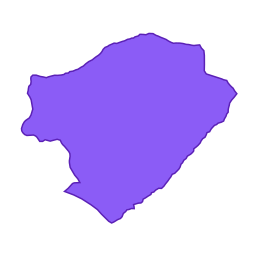 Icaraíma, Paraná, Brazil (Mercator projection), rotated 274°
{"feature_id": "56859067B39036431540148", "entity_name": "Icaraíma", "entity_type": "district", "adm_level": 2, "iso_a3": "BRA", "parent_name": "Brazil", "parent_adm1": "Paraná", "projection": "mercator", "projection_center": [-53.582, -23.373], "detail": "fine", "context": "isolated", "style": "filled", "palette": "violet", "viewbox_px": 256, "rotation_deg": 274, "n_neighbors": 0, "source": "geoboundaries", "source_scale": "gbopen_adm2", "svg_char_len": 2461}
<svg xmlns="http://www.w3.org/2000/svg" viewBox="0 0 256 256"><g transform="rotate(274 128 128)"><path d="M155.6,25.3L152.1,27.9L149.4,29.4L140.2,31.7L134.1,30.3L131.2,28.9L128.3,25.3L126.8,24.1L124.1,22.8L120.0,21.8L117.8,22.2L116.0,23.4L114.3,25.3L113.5,27.6L114.4,34.2L113.6,36.4L112.4,37.9L108.5,40.9L108.7,43.8L110.5,46.1L109.5,51.3L111.8,58.1L111.1,61.3L108.5,62.7L106.9,64.0L105.2,66.0L100.4,70.6L98.4,71.8L95.7,72.2L91.2,71.8L89.2,72.0L84.6,73.1L77.3,78.1L73.8,81.5L70.2,83.8L69.5,78.1L68.7,76.5L63.6,72.5L60.3,69.1L57.5,78.4L54.1,86.8L48.8,96.5L44.5,103.2L40.2,107.6L33.6,115.3L32.1,118.3L33.3,120.5L35.9,124.1L37.2,126.8L39.1,128.3L42.4,129.3L44.5,131.5L46.3,132.6L46.8,134.7L47.9,137.0L48.0,139.8L50.0,139.5L52.0,138.9L53.8,143.7L54.1,146.1L55.5,147.6L58.1,148.1L59.5,150.3L61.4,152.7L63.3,155.5L65.1,155.9L66.0,158.3L67.9,159.8L70.0,162.8L70.1,165.7L72.5,167.9L74.7,169.2L77.7,171.3L80.1,172.7L82.0,174.0L84.9,175.3L86.1,177.8L90.5,181.6L92.7,182.7L95.6,183.4L97.1,184.8L99.7,185.9L101.6,188.1L104.1,189.2L106.3,192.4L108.1,194.1L109.6,195.1L111.9,195.1L113.6,197.1L115.5,199.0L118.2,201.1L120.0,201.7L122.5,203.2L124.2,205.5L126.6,206.5L128.9,207.1L130.0,209.7L132.4,210.8L134.0,211.9L136.7,214.1L137.6,216.1L139.1,217.5L140.3,220.7L141.6,222.9L143.7,223.5L146.5,224.9L148.9,225.5L150.7,226.8L153.1,226.7L155.1,226.9L157.6,227.4L160.0,227.7L163.2,229.5L166.2,231.8L169.8,234.2L172.3,231.9L175.1,230.0L176.2,228.5L177.6,226.9L179.9,224.7L182.3,223.2L182.8,220.0L183.5,218.1L187.4,202.3L190.4,200.1L196.6,199.8L205.8,199.1L210.4,198.3L212.9,195.6L215.9,193.7L215.3,190.2L214.9,188.1L215.0,186.0L215.5,182.8L215.5,180.2L216.1,177.1L216.3,174.0L216.1,169.8L215.7,167.4L216.4,165.1L217.6,162.3L219.0,159.8L219.9,157.1L220.7,154.5L221.8,151.6L222.4,149.4L223.9,146.4L223.8,142.3L222.3,139.4L222.4,136.6L222.3,133.4L220.5,131.7L219.4,128.6L218.1,127.2L217.9,125.3L217.0,123.7L216.4,121.3L214.7,118.5L214.0,116.4L212.7,113.4L211.6,111.0L211.7,108.2L210.1,105.2L209.2,103.4L208.0,102.0L206.8,99.5L204.7,97.7L202.6,96.8L200.5,95.4L198.5,93.5L196.8,91.2L195.3,89.5L193.5,87.6L191.5,84.2L189.0,81.3L186.7,79.2L185.4,77.0L183.1,74.0L182.4,72.0L180.9,69.2L180.2,66.0L178.7,64.7L178.2,61.7L177.0,60.5L176.2,57.8L175.6,54.1L175.5,51.1L174.4,47.7L173.5,45.1L172.5,43.0L173.0,40.1L173.3,36.9L174.3,32.8L174.1,29.4L172.2,27.7L170.4,27.6L167.5,28.1L164.7,27.9L162.7,26.2L160.6,25.9L158.4,25.8L155.6,25.3Z" fill="#8b5cf6" stroke="#5b21b6" stroke-width="1.5"/></g></svg>